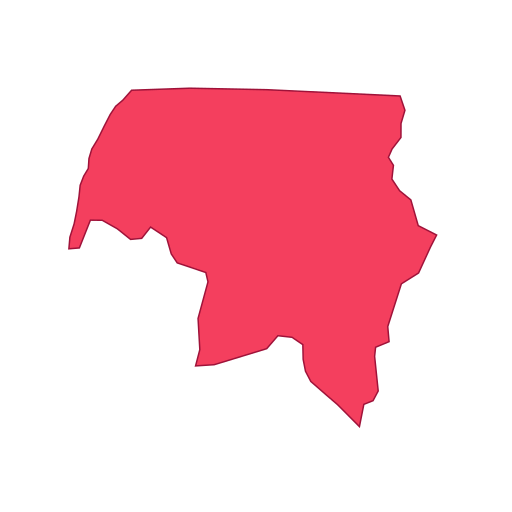 outline of Brejo dos Santos, Paraíba, Brazil, rotated 257°
{"feature_id": "56859067B29664583774319", "entity_name": "Brejo dos Santos", "entity_type": "district", "adm_level": 2, "iso_a3": "BRA", "parent_name": "Brazil", "parent_adm1": "Paraíba", "projection": "albers", "projection_center": [-37.855, -6.391], "detail": "fine", "context": "isolated", "style": "filled", "palette": "rose", "viewbox_px": 512, "rotation_deg": 257, "n_neighbors": 0, "source": "geoboundaries", "source_scale": "gbopen_adm2", "svg_char_len": 975}
<svg xmlns="http://www.w3.org/2000/svg" viewBox="0 0 512 512"><g transform="rotate(257 256 256)"><path d="M66.5,318.4L87.2,327.7L88.7,337.5L97.0,344.7L131.5,349.0L140.2,352.0L142.6,366.4L157.6,368.5L175.5,379.1L196.2,391.4L202.9,410.6L225.7,428.2L235.8,436.7L249.1,420.9L275.8,419.5L287.3,410.6L300.4,405.7L313.4,410.3L322.4,407.2L329.7,412.7L338.9,423.9L352.5,427.1L364.5,433.9L379.5,432.4L415.6,304.0L434.4,229.2L445.5,172.1L437.8,161.3L433.5,153.0L426.7,145.8L416.9,137.5L405.5,128.2L397.2,120.1L388.6,115.2L379.0,112.3L372.6,106.1L364.5,100.6L353.4,96.8L339.9,91.3L328.2,86.0L316.2,78.9L305.1,75.3L303.6,85.7L328.2,102.7L325.4,114.2L313.8,126.9L300.4,137.5L298.9,148.6L307.9,159.8L294.0,173.0L277.1,173.9L267.0,177.7L251.2,203.4L241.6,203.4L208.2,185.5L177.4,180.2L162.5,172.4L159.5,190.8L163.3,245.6L173.4,259.4L168.7,272.8L159.1,281.7L144.7,278.7L132.6,278.3L121.4,281.2L104.7,293.3L93.0,301.9L66.5,318.4Z" fill="#f43f5e" stroke="#9f1239" stroke-width="1.5"/></g></svg>